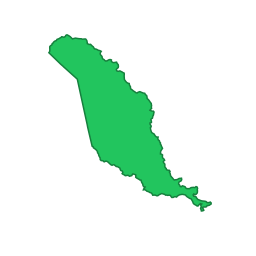 Capitão Enéas, Minas Gerais, Brazil (Natural Earth projection), rotated 131°
{"feature_id": "56859067B59959312569649", "entity_name": "Capitão Enéas", "entity_type": "district", "adm_level": 2, "iso_a3": "BRA", "parent_name": "Brazil", "parent_adm1": "Minas Gerais", "projection": "natural_earth1", "projection_center": [-43.667, -16.099], "detail": "fine", "context": "isolated", "style": "filled", "palette": "green", "viewbox_px": 256, "rotation_deg": 131, "n_neighbors": 0, "source": "geoboundaries", "source_scale": "gbopen_adm2", "svg_char_len": 4628}
<svg xmlns="http://www.w3.org/2000/svg" viewBox="0 0 256 256"><g transform="rotate(131 128 128)"><path d="M140.4,16.8L139.8,17.8L139.4,19.4L138.4,19.4L137.5,18.5L136.6,17.5L135.8,17.1L134.6,17.4L133.9,16.6L133.0,16.0L132.0,15.7L130.8,15.4L130.0,16.1L129.9,17.3L131.3,18.1L132.4,19.4L132.3,20.9L132.8,21.9L133.5,22.9L134.2,23.9L134.8,24.9L135.3,26.2L135.7,27.4L136.1,28.4L135.9,29.9L135.3,31.6L135.7,32.5L136.4,33.6L135.8,35.0L134.6,35.1L134.4,33.7L133.2,33.1L131.8,33.1L130.9,33.5L129.8,34.4L129.0,35.4L128.0,35.8L127.2,37.0L127.6,38.2L129.2,38.5L129.8,39.6L130.6,40.4L131.6,41.3L132.7,41.6L133.7,42.0L134.4,43.0L135.1,43.7L135.4,44.9L134.9,46.3L135.3,47.6L136.0,49.1L137.3,49.2L137.9,50.1L137.2,51.6L137.1,52.9L136.1,53.8L135.0,54.0L134.1,53.6L132.8,53.2L131.6,53.7L130.8,54.7L131.7,55.5L132.5,56.3L133.7,56.7L134.7,57.1L135.8,58.1L136.9,59.0L136.8,60.3L136.5,61.8L136.4,63.0L136.1,64.5L135.3,65.5L134.5,66.6L134.1,67.9L133.2,67.8L132.8,69.0L133.7,70.2L134.2,71.6L133.5,72.6L133.4,74.0L132.9,74.9L132.1,75.6L131.1,76.5L130.9,78.0L130.4,79.2L129.2,79.4L128.3,79.2L127.8,80.6L127.9,81.7L127.5,82.7L126.8,83.5L125.7,84.2L125.7,85.4L126.3,86.5L125.2,87.3L123.8,88.2L122.2,88.4L120.7,88.6L120.2,89.8L119.8,90.8L119.1,91.9L118.9,93.1L118.0,93.6L117.8,94.8L117.0,96.0L117.1,97.3L116.4,98.6L115.1,99.3L116.1,100.6L116.1,101.8L116.0,102.8L115.4,104.1L115.7,105.8L115.9,107.2L115.3,108.2L114.8,109.2L114.0,110.3L113.0,111.4L111.9,111.3L111.1,112.2L110.7,113.8L109.8,114.7L108.5,113.9L107.5,114.8L106.7,116.2L105.7,116.4L104.6,116.0L103.7,116.5L102.6,117.1L101.5,117.3L100.4,118.0L98.9,118.8L98.6,119.9L99.4,120.8L99.9,122.0L100.2,123.1L99.1,123.2L97.8,123.0L96.7,124.3L95.7,124.8L95.0,125.7L94.2,126.6L93.9,128.2L93.5,129.7L93.2,131.2L93.2,132.9L92.2,133.9L91.2,135.3L91.4,136.7L90.8,138.1L91.7,139.6L92.3,141.4L92.8,142.9L93.6,143.4L94.5,143.9L95.6,144.1L96.2,145.2L96.2,146.7L96.5,148.0L96.5,149.1L96.5,150.4L96.7,151.6L96.1,152.4L95.2,153.3L94.6,155.1L93.6,156.3L94.2,157.4L94.5,158.8L94.3,160.3L94.0,161.7L93.7,162.6L92.8,163.5L91.9,164.4L91.1,165.2L90.2,165.8L89.1,166.9L89.5,168.3L89.6,169.4L89.9,170.3L90.2,171.6L91.1,172.1L91.9,173.0L92.2,174.1L91.5,175.2L90.4,175.3L88.9,175.0L87.7,175.7L86.6,177.0L86.4,178.6L85.8,179.8L86.7,180.6L88.0,181.6L88.6,182.7L88.6,184.3L87.5,185.2L88.1,186.5L89.3,187.3L91.1,187.9L92.1,188.8L92.3,189.8L92.1,190.9L92.4,192.3L91.8,193.7L91.0,194.6L90.9,195.9L90.6,197.2L89.9,198.0L89.0,198.3L87.7,198.5L88.1,200.1L88.8,201.3L89.0,202.3L89.2,203.3L89.6,204.2L90.3,205.3L89.9,206.3L89.5,207.4L89.6,208.7L89.5,210.1L89.4,211.1L90.5,212.2L91.0,214.1L90.1,215.0L89.0,216.5L88.6,218.3L89.5,219.4L90.2,220.0L90.9,220.7L91.3,221.8L92.2,222.9L92.8,223.7L93.4,224.6L94.0,225.6L94.7,226.7L96.0,227.6L97.2,228.4L97.1,229.8L97.0,231.3L97.1,232.6L97.3,233.7L97.7,235.2L98.9,235.7L100.2,235.4L101.6,235.9L102.0,236.9L102.6,237.9L103.8,238.0L104.7,238.4L106.1,238.8L107.6,239.7L109.1,239.5L110.6,240.3L112.0,240.5L113.1,240.3L114.0,240.6L115.2,240.0L116.2,240.3L117.7,240.5L118.8,239.7L119.9,238.6L120.9,237.8L121.7,237.3L123.1,237.1L124.0,220.5L124.0,217.6L124.1,216.4L124.1,214.4L124.4,198.3L136.2,182.5L152.3,160.9L153.9,158.9L165.3,143.1L165.0,142.0L165.6,141.2L165.5,140.0L165.4,139.0L165.4,137.5L165.8,135.6L166.7,134.7L166.8,133.5L167.7,132.3L168.4,130.9L168.8,129.5L170.1,128.2L170.2,126.9L169.6,126.1L169.1,125.2L169.2,123.8L167.4,122.9L166.8,121.3L166.9,119.9L166.9,118.7L167.0,117.1L166.6,115.6L165.7,115.2L164.9,114.5L164.8,113.1L164.8,111.6L164.1,110.7L163.8,109.2L163.6,107.6L164.4,106.7L164.8,105.5L164.2,104.4L164.8,102.8L166.3,102.5L166.2,101.2L165.8,100.0L165.8,98.8L164.9,98.0L164.2,97.5L163.5,96.6L163.5,95.3L162.5,94.6L161.4,93.9L160.5,94.2L159.4,94.2L158.9,92.9L158.2,91.6L159.1,90.6L160.1,89.9L160.1,88.8L159.8,87.3L159.5,85.9L159.4,84.8L158.8,84.0L159.3,83.2L159.9,82.3L160.3,81.3L160.6,80.2L161.4,79.2L162.1,77.7L161.3,76.4L162.5,76.1L163.8,76.2L164.6,75.8L163.5,74.9L163.3,73.6L163.3,72.2L162.6,70.8L162.4,69.3L162.0,68.4L161.7,67.4L162.1,66.2L162.5,65.2L161.6,64.4L160.7,63.3L160.4,62.1L159.6,61.1L158.2,60.8L156.9,60.3L155.3,59.5L154.6,57.9L154.0,56.8L154.1,55.7L153.4,55.0L152.8,53.8L151.7,52.9L151.1,51.8L151.5,50.5L151.7,49.4L150.8,48.4L149.3,47.8L148.7,47.0L148.2,46.0L146.8,46.1L145.7,45.6L144.5,45.3L143.6,44.4L142.8,43.9L142.1,43.0L141.4,41.7L140.8,40.6L141.1,39.4L141.1,38.1L140.9,37.1L140.7,35.3L140.1,34.0L140.5,32.6L141.1,30.9L142.0,29.3L142.1,27.9L141.7,26.3L141.5,24.6L140.6,23.9L139.6,24.1L138.6,23.9L137.6,23.8L137.0,22.5L138.4,22.6L139.3,21.2L140.2,20.8L141.2,20.4L141.7,19.3L142.5,18.2L141.4,17.2L140.4,16.8Z" fill="#22c55e" stroke="#15803d" stroke-width="1.5"/></g></svg>